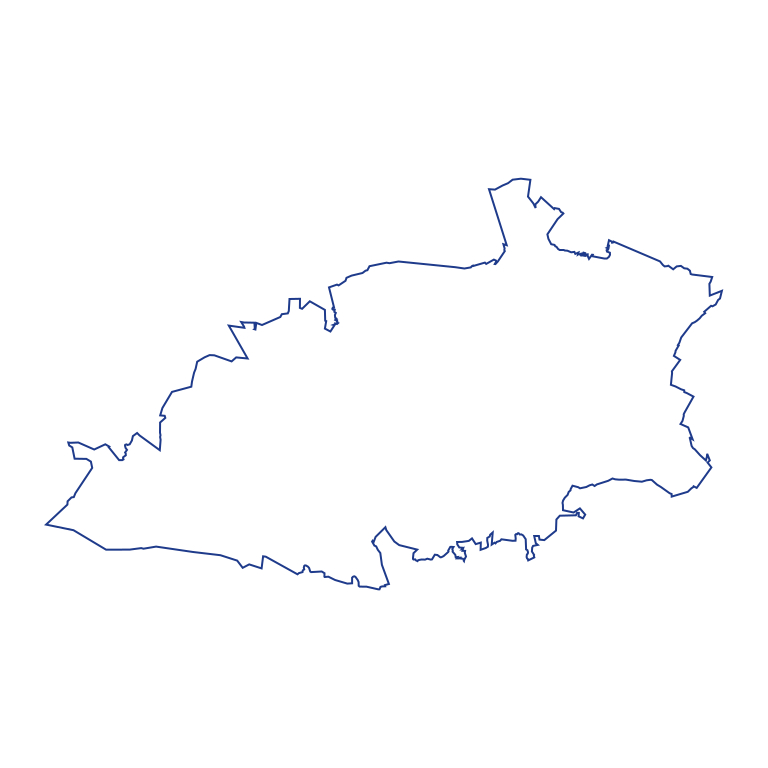 outline of Villaflores, Chiapas, Mexico
{"feature_id": "50627088B76304194076564", "entity_name": "Villaflores", "entity_type": "district", "adm_level": 2, "iso_a3": "MEX", "parent_name": "Mexico", "parent_adm1": "Chiapas", "projection": "orthographic", "projection_center": [-93.329, 16.375], "detail": "fine", "context": "isolated", "style": "outline", "palette": "blue", "viewbox_px": 768, "rotation_deg": 0, "n_neighbors": 0, "source": "geoboundaries", "source_scale": "gbopen_adm2", "svg_char_len": 6098}
<svg xmlns="http://www.w3.org/2000/svg" viewBox="0 0 768 768"><path d="M668.3,265.7L667.4,266.1L664.6,266.4L662.9,265.0L660.0,261.4L613.8,241.7L613.8,242.2L612.1,242.7L611.8,241.6L609.0,240.2L607.8,245.5L609.8,245.5L608.8,245.9L607.9,247.0L608.2,247.2L606.8,247.9L608.4,248.8L607.9,249.8L607.1,249.8L606.6,250.2L607.0,251.6L609.9,252.7L610.0,254.8L608.9,256.9L606.9,258.5L604.1,258.5L592.2,256.2L592.8,254.8L592.0,254.7L589.0,258.9L587.7,256.0L587.7,254.3L586.1,254.4L585.6,255.9L584.5,255.8L585.1,253.1L583.7,252.7L583.4,255.4L581.6,255.5L582.2,253.4L580.7,253.8L580.3,254.8L578.9,253.9L578.0,254.5L578.5,252.5L575.3,253.9L574.4,251.9L571.2,252.3L567.4,250.7L564.7,250.5L563.8,250.0L559.7,250.0L558.1,249.0L556.5,246.8L555.3,246.3L554.5,244.9L551.2,244.2L548.4,238.8L547.4,234.3L557.6,219.1L563.4,213.5L562.7,212.7L561.1,212.1L559.0,208.9L554.7,208.1L554.1,209.1L541.0,197.2L538.2,201.6L535.3,204.4L535.6,208.0L533.4,203.5L528.0,196.6L530.4,179.8L520.9,178.7L512.6,179.7L508.0,183.2L502.6,185.5L495.0,189.6L489.0,189.2L506.7,245.2L503.4,244.2L504.6,248.4L504.3,250.0L504.8,251.1L497.8,261.5L495.4,264.1L494.8,264.0L496.1,261.8L496.0,260.6L493.9,259.6L486.2,263.9L484.9,262.6L473.2,266.0L473.0,265.6L471.8,266.2L470.8,267.4L464.4,268.5L455.3,267.2L398.5,261.5L389.5,263.2L386.5,262.7L369.5,266.2L367.4,270.2L365.5,270.7L362.5,273.0L351.6,275.6L346.5,277.8L345.5,280.8L338.6,285.4L337.0,284.6L329.0,287.4L334.1,307.7L332.8,307.7L332.3,308.9L333.1,309.7L334.7,309.9L334.3,311.8L335.8,312.9L334.9,315.0L335.2,317.7L336.3,318.5L335.7,319.1L336.2,319.4L335.6,320.0L337.1,320.4L336.8,321.6L337.5,322.1L337.3,322.8L338.0,323.1L337.0,324.0L335.2,323.5L335.2,324.2L333.4,324.9L334.5,325.2L330.4,331.5L324.9,328.6L326.2,321.1L325.2,320.7L324.9,309.9L309.8,301.3L302.1,308.8L299.9,307.9L300.0,298.8L289.5,299.0L288.8,311.0L287.8,313.4L281.8,314.2L280.3,317.0L262.0,325.0L256.3,322.9L255.4,329.5L254.4,329.2L254.8,328.9L254.4,322.7L244.1,322.5L241.2,322.0L244.1,326.7L244.4,327.8L228.8,325.6L247.6,358.5L236.2,357.4L231.6,361.4L214.3,355.3L209.6,355.1L204.6,357.3L197.2,361.7L195.6,368.9L194.1,372.6L192.0,381.6L191.3,386.7L172.0,391.9L162.4,408.0L160.2,415.4L164.7,415.8L165.3,417.9L160.1,422.5L160.0,432.7L160.5,435.2L160.1,437.0L160.6,439.7L159.8,450.2L139.5,435.4L137.1,433.0L132.9,436.1L131.9,440.5L129.7,444.3L127.6,445.0L126.5,444.4L125.2,444.8L125.0,445.7L125.6,448.0L127.0,449.9L125.1,452.5L125.7,453.4L125.8,455.3L123.2,457.2L123.0,458.1L123.5,459.4L122.3,460.1L119.1,460.1L108.7,447.2L109.3,446.6L105.3,444.3L94.2,449.5L78.3,442.5L70.6,442.8L68.3,442.5L69.2,445.5L72.3,447.4L74.6,458.7L86.4,458.9L90.9,461.6L92.2,467.9L75.4,493.2L73.8,497.1L71.5,497.4L67.6,501.3L67.4,504.6L46.1,524.6L73.5,530.2L106.1,549.7L129.8,549.6L141.2,548.1L143.5,548.7L156.1,546.6L193.1,552.0L220.4,555.2L237.2,560.6L242.7,567.8L249.2,564.4L261.6,568.4L263.1,556.3L265.8,556.7L297.5,574.3L298.9,573.1L302.5,572.1L302.8,570.4L304.2,569.4L303.8,567.6L304.3,565.8L304.9,565.4L306.0,565.5L308.0,566.7L309.1,568.0L310.2,571.5L311.1,572.1L321.7,571.5L324.5,573.2L324.4,576.7L324.7,577.0L328.4,576.7L335.1,580.0L347.3,583.6L352.1,583.3L352.1,577.7L352.9,576.8L354.2,576.3L355.4,576.8L357.7,580.0L358.6,582.1L358.7,585.8L359.6,586.6L366.6,586.7L378.1,589.3L379.5,589.3L380.5,586.9L382.2,586.4L385.2,586.3L384.9,585.1L388.9,584.0L381.9,564.8L380.3,553.0L377.8,549.8L376.2,546.4L374.4,545.6L372.1,541.6L372.6,540.8L373.6,542.1L375.6,536.9L385.4,527.2L386.3,530.1L394.3,541.5L399.2,545.1L417.2,549.6L413.5,553.2L413.0,557.9L413.0,558.9L413.5,559.5L415.2,559.4L415.8,560.3L417.5,561.1L417.8,560.5L418.9,560.0L421.5,559.5L425.1,559.6L427.3,558.7L430.8,559.6L432.0,559.4L434.8,554.7L437.4,555.0L440.4,557.3L441.4,557.2L443.6,556.1L448.2,552.0L448.5,551.5L448.2,550.6L450.3,546.9L451.1,546.8L453.5,547.0L452.3,549.0L452.8,550.7L452.6,551.7L455.3,554.8L455.7,557.2L457.7,557.0L456.8,558.4L459.1,558.4L459.7,558.3L459.8,557.8L460.8,557.6L461.1,558.6L462.8,558.7L463.9,559.5L463.7,560.7L464.0,561.1L464.3,559.7L466.0,556.5L464.8,552.9L465.1,550.9L462.4,550.8L463.2,548.2L462.3,548.6L462.9,547.8L459.3,547.5L457.3,544.4L457.1,542.0L462.2,541.9L468.8,540.9L472.0,538.4L475.7,544.1L480.8,542.6L480.6,549.8L485.8,548.0L487.9,546.7L488.0,544.7L487.2,540.6L487.3,537.9L489.7,536.5L490.2,534.7L492.7,532.5L491.7,544.6L494.5,542.7L495.5,543.4L496.6,542.0L500.1,540.8L501.4,539.3L512.5,540.8L515.5,540.7L515.7,538.5L515.3,534.9L516.1,534.1L517.1,534.2L517.8,533.3L518.6,533.2L519.8,534.5L521.4,534.4L523.2,535.5L525.7,539.2L526.1,549.4L527.4,550.2L528.0,552.2L527.8,553.6L526.9,554.5L526.6,557.0L527.1,558.5L527.8,558.9L528.2,560.4L534.3,557.4L533.8,555.7L534.1,554.9L531.9,551.5L532.2,547.6L533.1,545.9L537.8,544.9L535.8,543.2L534.2,536.0L538.9,536.0L539.5,539.6L544.3,540.1L556.0,530.6L556.4,519.5L559.8,515.7L575.9,515.3L577.1,512.8L578.8,512.9L578.6,516.3L583.0,518.4L585.2,514.6L579.9,508.4L573.6,512.5L563.0,510.2L562.9,504.9L562.5,502.9L563.1,500.5L564.8,497.7L567.6,494.9L568.7,491.9L570.5,490.4L570.6,489.2L572.5,485.7L578.2,487.2L580.0,488.3L586.3,487.0L589.6,485.3L592.3,484.5L594.6,486.0L596.9,484.4L608.2,480.8L612.5,478.5L615.1,479.3L619.3,479.7L625.9,479.6L634.3,481.0L641.9,481.7L646.6,480.3L650.4,479.8L651.8,480.0L657.1,484.7L660.9,487.0L669.6,493.2L671.6,494.0L671.7,496.6L687.8,491.8L691.4,488.3L693.2,487.1L693.6,486.3L696.7,487.9L711.4,467.4L707.6,462.6L709.8,460.4L707.2,453.8L706.9,456.6L705.9,460.5L700.0,455.1L694.8,449.3L693.0,448.1L691.6,445.9L689.9,438.2L689.4,437.3L692.6,439.3L688.2,427.4L680.5,424.0L682.5,420.9L683.8,415.9L683.7,414.3L684.5,412.6L693.5,396.6L686.7,393.0L684.3,392.1L684.2,390.3L681.1,389.3L675.6,386.5L670.9,384.8L672.1,373.0L671.9,371.3L680.2,359.9L673.9,355.9L675.4,352.4L675.6,350.8L678.7,345.5L677.9,345.1L679.4,342.7L681.2,337.5L692.1,323.3L694.7,322.2L696.9,320.7L699.6,318.4L701.8,315.7L705.2,313.2L704.2,311.8L711.1,305.8L712.5,306.3L715.7,304.5L718.1,300.0L720.0,298.5L721.9,290.8L709.8,295.6L709.4,283.8L710.7,281.6L712.2,277.0L692.1,274.5L690.7,274.0L689.9,270.7L687.4,268.7L684.2,268.3L680.9,265.9L676.7,266.4L673.2,269.3L668.3,265.7Z" fill="none" stroke="#1e3a8a" stroke-width="2"/></svg>